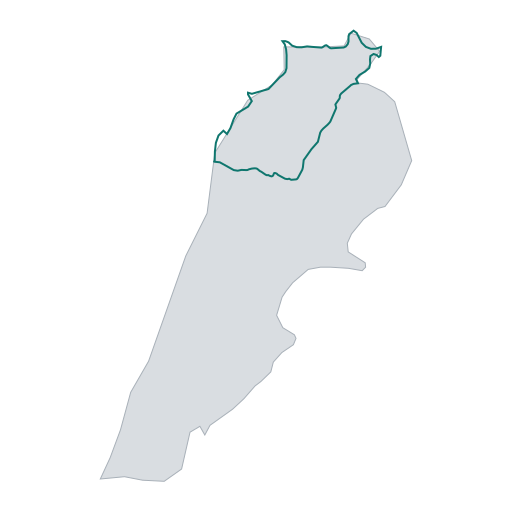 North Lebanon on a map of Lebanon (Equal Earth projection)
{"feature_id": "LBN-3023", "entity_name": "North Lebanon", "entity_type": "Province", "adm_level": 1, "iso_a3": "LBN", "parent_name": "Lebanon", "parent_adm1": "", "projection": "equal_earth", "projection_center": [36.058, 34.42], "detail": "fine", "context": "in_parent", "style": "outline", "palette": "teal", "viewbox_px": 512, "rotation_deg": 0, "n_neighbors": 0, "source": "natural_earth", "source_scale": "10m", "svg_char_len": 2427}
<svg xmlns="http://www.w3.org/2000/svg" viewBox="0 0 512 512"><path d="M283.8,46.9L320.5,47.1L344.1,45.9L350.9,33.2L369.3,39.0L379.6,51.3L370.4,64.3L357.3,79.2L358.0,83.0L367.8,84.2L384.4,92.3L394.7,101.7L411.7,160.6L401.3,184.8L385.0,206.5L377.7,208.4L363.5,219.2L351.5,233.9L347.3,243.2L348.2,251.9L365.2,262.8L365.6,267.2L362.2,270.7L348.5,268.3L330.8,267.2L320.3,267.2L308.2,269.4L292.7,282.7L285.8,291.5L282.1,297.1L276.6,315.3L282.8,327.7L294.4,334.8L296.0,338.4L293.4,344.7L281.9,352.5L273.3,362.1L270.8,371.9L261.1,381.3L255.1,385.9L243.9,398.7L232.7,409.1L210.0,425.3L204.8,435.0L199.9,426.3L190.0,432.2L181.6,469.0L164.2,481.3L142.6,480.2L124.5,476.7L100.3,479.0L110.2,457.6L120.5,429.8L130.7,392.3L148.6,361.2L185.8,255.9L207.1,213.3L214.8,153.0L247.7,100.3L272.3,84.8L284.2,69.7L283.8,46.9Z" fill="#d9dde1" stroke="#a8b0b8" stroke-width="1"/><path d="M353.6,30.7L356.7,33.0L361.7,42.8L365.9,46.9L370.9,48.8L376.1,48.7L381.1,46.9L380.3,55.7L378.8,57.0L376.6,55.0L373.5,54.0L370.4,56.1L370.0,59.5L370.2,63.6L369.3,67.9L365.2,71.5L359.5,74.9L355.9,79.0L358.0,83.3L353.5,83.9L350.9,85.1L350.4,85.7L341.1,93.6L340.3,94.8L340.0,95.2L339.9,95.7L339.8,96.2L339.8,97.5L339.7,98.1L339.4,98.7L335.4,104.4L336.2,107.8L336.0,108.5L330.3,121.6L329.2,123.0L327.5,124.8L323.2,128.6L321.4,130.6L320.7,131.8L320.2,132.7L317.9,141.8L311.5,149.1L303.7,160.1L302.9,167.3L302.3,169.7L297.9,177.9L297.1,178.9L296.6,179.2L296.0,179.4L291.2,179.8L289.1,178.7L287.8,179.1L286.5,179.0L285.0,178.7L278.0,174.9L276.8,173.7L276.4,173.5L275.4,173.1L274.8,173.0L274.2,173.1L273.7,174.0L273.2,175.3L272.8,175.8L272.3,176.1L271.8,176.3L271.2,176.3L269.6,175.8L268.4,175.1L266.8,175.2L265.6,174.7L261.4,171.8L259.8,171.0L257.2,168.8L256.0,168.4L254.5,168.3L251.7,168.6L249.0,169.3L247.5,170.0L246.6,170.1L241.4,169.9L238.3,170.6L237.6,170.7L233.8,170.1L219.8,162.3L214.4,161.7L214.2,161.6L214.7,160.3L214.9,151.5L215.9,142.8L218.5,135.5L223.4,130.7L227.0,134.0L230.4,128.2L233.6,119.3L236.5,113.6L248.1,106.6L251.8,101.1L248.0,94.4L248.0,92.7L251.9,93.8L268.5,89.0L279.7,77.3L283.1,74.6L285.3,72.1L286.5,68.2L286.6,55.2L286.1,49.3L284.8,44.4L282.5,41.2L285.2,41.1L287.0,41.7L288.6,42.4L292.2,45.7L296.8,47.2L301.6,47.3L307.1,46.4L312.3,46.9L321.5,47.6L322.4,47.3L324.9,45.6L326.2,45.2L327.3,45.8L329.7,47.8L331.0,48.3L343.7,47.5L345.8,46.5L347.7,44.2L348.5,41.6L348.5,36.2L349.2,34.1L353.6,30.7Z" fill="none" stroke="#0f766e" stroke-width="2"/></svg>